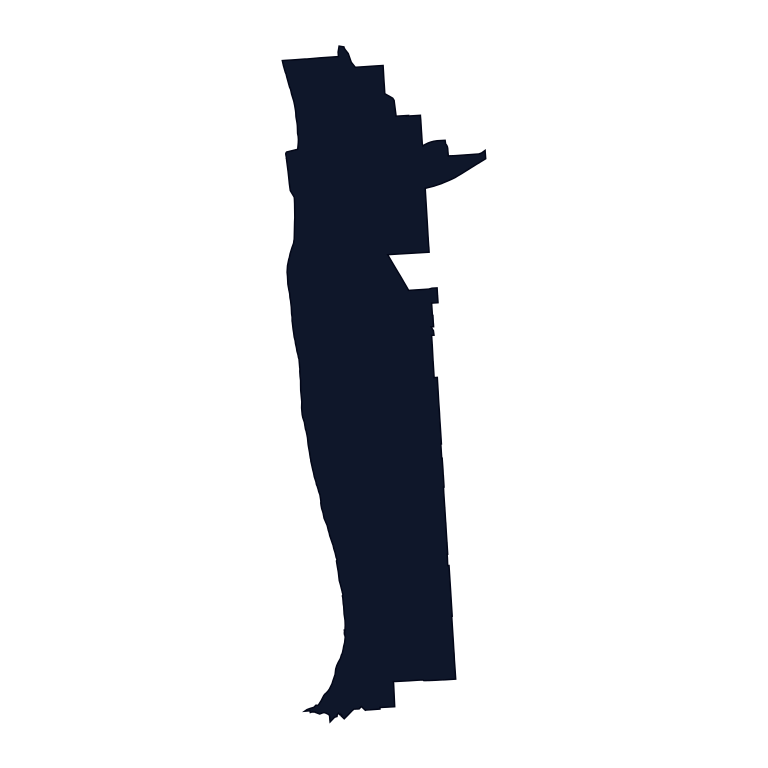 the district of Holdfast Bay, South Australia, Australia
{"feature_id": "25037944B39543590028882", "entity_name": "Holdfast Bay", "entity_type": "district", "adm_level": 2, "iso_a3": "AUS", "parent_name": "Australia", "parent_adm1": "South Australia", "projection": "mercator", "projection_center": [138.52, -35.002], "detail": "fine", "context": "isolated", "style": "filled", "palette": "ink", "viewbox_px": 768, "rotation_deg": 0, "n_neighbors": 0, "source": "geoboundaries", "source_scale": "gbopen_adm2", "svg_char_len": 5674}
<svg xmlns="http://www.w3.org/2000/svg" viewBox="0 0 768 768"><path d="M282.3,60.6L283.4,65.5L285.3,72.2L286.1,74.1L286.9,77.4L289.6,87.2L290.6,89.4L291.6,94.1L293.8,101.2L294.7,105.6L295.5,110.4L295.8,112.9L295.9,115.2L296.0,116.9L297.0,122.7L297.3,125.1L297.4,126.8L297.6,133.4L298.2,136.4L298.4,139.5L298.3,142.8L297.7,149.3L286.7,152.0L286.3,152.4L285.8,153.4L285.8,154.2L285.9,155.1L286.1,155.9L286.2,156.7L286.4,157.6L286.3,158.5L286.5,159.0L286.6,159.5L286.6,160.0L288.1,171.6L288.8,178.1L289.4,184.0L290.3,190.6L294.2,197.1L294.4,198.9L294.6,203.7L294.8,217.8L294.6,221.7L294.3,235.8L294.2,239.4L294.0,240.2L293.6,243.2L291.9,247.9L290.1,253.8L289.3,257.8L288.8,259.2L287.5,265.7L287.1,272.2L287.5,276.4L287.9,284.2L288.2,286.0L288.6,288.2L289.0,290.5L289.2,291.2L289.7,293.8L289.9,296.5L290.0,297.8L290.6,300.8L290.8,302.7L291.3,307.1L291.6,313.6L291.6,313.8L292.1,317.1L292.1,321.0L292.3,322.1L293.1,329.2L293.7,333.0L294.2,337.0L295.0,340.1L295.2,341.0L295.5,343.6L296.5,348.0L296.9,350.8L297.0,351.3L298.0,354.8L298.5,357.7L299.0,359.0L299.7,367.5L299.9,368.6L299.9,369.5L299.8,371.2L300.1,376.2L300.6,380.5L300.6,384.4L300.7,390.2L301.8,401.8L301.7,404.9L301.6,407.9L302.2,414.6L302.8,417.6L304.4,422.3L304.6,423.7L305.5,429.2L305.7,429.7L306.2,431.2L306.8,434.1L306.9,434.5L307.5,437.8L307.9,441.9L308.1,444.1L308.5,446.7L309.5,452.2L309.9,455.0L310.4,458.2L310.7,459.2L310.9,461.4L311.4,463.5L312.8,469.9L313.5,472.6L314.3,476.7L314.3,476.8L315.8,481.3L315.9,481.5L316.5,484.7L317.2,486.1L317.3,486.5L318.2,489.4L318.7,491.5L319.9,494.7L320.7,499.8L320.9,501.4L320.8,503.0L321.1,505.4L321.7,508.6L322.5,511.0L323.1,513.0L324.0,517.8L324.1,518.3L327.2,525.5L328.1,529.3L328.2,529.9L329.2,533.0L329.4,534.0L329.8,535.9L330.3,537.2L332.5,543.7L333.1,545.3L333.8,548.6L335.1,552.7L336.2,557.6L336.7,558.7L336.9,559.2L337.0,559.8L336.6,560.4L336.5,561.3L337.4,566.8L338.3,571.9L339.3,580.8L339.4,581.0L340.6,585.2L340.8,586.1L342.0,590.9L342.4,592.7L342.9,594.1L343.0,594.3L343.0,594.5L342.5,595.4L342.4,596.1L342.8,597.7L343.3,604.0L343.7,606.4L344.0,611.6L344.1,613.9L345.0,620.1L345.1,622.1L345.2,625.5L345.0,630.1L344.3,630.1L344.4,631.2L344.7,631.2L344.7,633.0L344.3,633.0L344.4,633.7L344.5,634.6L344.8,634.6L345.0,636.2L345.3,636.3L344.6,642.8L344.3,643.9L343.6,646.7L343.3,648.7L342.6,652.0L342.2,653.5L341.4,655.0L341.1,656.1L340.4,658.5L338.1,662.6L338.0,662.9L336.8,665.5L335.7,669.1L335.1,674.5L332.8,681.2L332.1,683.6L329.4,689.1L328.1,690.9L328.0,691.1L325.8,693.4L325.0,694.0L323.9,695.4L323.5,696.1L321.1,700.8L319.3,703.6L318.6,704.8L317.8,705.4L316.2,705.2L315.9,705.2L314.0,707.2L313.3,707.5L310.2,708.4L307.0,709.6L304.7,711.2L308.5,710.9L309.9,710.8L310.3,712.5L312.8,711.6L313.0,712.1L314.8,711.8L314.9,712.2L319.7,714.0L322.8,712.8L324.1,712.6L325.4,712.9L326.5,713.4L327.7,714.0L328.9,714.6L329.6,716.1L329.9,720.1L330.1,721.9L334.5,717.3L335.3,717.0L336.2,716.7L337.0,716.5L337.1,715.5L337.3,714.7L337.7,714.0L338.4,713.2L340.1,714.9L340.7,714.2L341.9,715.3L341.3,716.0L344.2,718.8L347.4,715.6L352.5,710.3L353.3,709.7L353.9,709.1L356.5,709.0L359.1,708.9L361.4,706.5L364.7,709.7L365.4,710.3L366.3,710.0L371.4,709.7L379.3,709.1L380.0,709.0L379.9,707.5L383.9,707.3L394.7,706.7L394.4,700.5L393.6,683.4L393.3,681.6L408.8,680.8L419.3,680.1L422.9,680.0L423.8,680.6L429.4,680.5L434.2,680.3L438.0,680.1L441.3,679.9L444.9,679.8L455.7,679.1L454.8,665.8L454.4,660.2L454.1,653.9L453.7,648.4L453.4,642.9L452.8,633.6L451.7,616.2L452.2,616.2L451.5,605.2L451.0,597.0L450.5,588.9L450.0,581.2L449.0,565.5L447.7,565.6L447.4,557.8L447.1,554.2L447.7,554.2L447.1,544.7L447.0,542.3L446.9,541.7L446.2,530.8L445.8,523.3L445.7,522.3L445.6,521.4L444.8,508.2L444.8,507.6L444.7,507.0L443.9,494.8L443.9,494.2L443.8,493.6L443.5,487.1L444.0,487.1L444.0,486.4L443.3,475.1L443.2,474.7L443.0,470.3L442.4,461.7L442.3,460.4L442.2,458.9L442.2,458.2L441.7,458.2L440.8,443.9L441.4,443.9L440.4,428.0L439.9,420.5L439.7,417.5L439.5,413.2L438.7,401.7L438.2,392.6L437.7,384.3L437.3,377.4L434.1,377.6L433.8,372.4L433.1,361.1L433.0,360.5L433.0,359.9L432.2,344.3L432.1,343.8L432.1,343.2L431.6,335.3L434.0,335.2L433.4,330.6L432.6,329.5L431.1,326.8L433.6,326.7L433.4,323.6L433.3,322.9L432.9,315.4L432.4,315.4L431.6,303.1L438.0,302.7L438.0,302.3L437.6,296.3L437.6,295.7L437.5,295.1L437.1,287.9L432.0,288.2L428.8,289.1L424.3,289.4L408.6,290.4L407.8,288.9L405.5,284.9L403.6,281.7L401.5,278.0L399.1,274.0L397.4,271.2L393.3,264.3L389.6,258.0L388.8,256.6L387.7,254.7L388.8,254.6L396.7,254.1L410.5,253.3L429.1,252.2L428.8,247.0L428.7,246.5L428.2,239.0L428.2,238.1L428.1,237.3L427.3,223.0L425.2,188.3L426.2,188.1L426.7,188.0L426.9,187.9L434.0,186.1L435.1,185.7L441.2,183.7L441.7,183.5L442.8,183.0L448.8,180.5L451.7,179.2L455.0,177.6L456.0,177.0L457.4,176.1L461.2,173.9L470.9,167.8L474.0,165.9L475.7,164.8L482.3,160.8L485.7,158.7L485.2,152.1L485.1,150.4L481.7,152.9L478.8,154.0L474.2,154.3L468.8,154.7L454.6,155.7L448.3,155.9L447.9,151.3L447.7,148.4L447.4,146.9L446.7,145.3L445.6,143.9L445.1,140.3L437.9,140.7L436.7,140.8L433.6,141.3L430.6,142.1L427.9,143.1L425.5,144.3L425.0,144.5L423.0,146.0L422.2,143.5L422.2,142.8L421.9,138.2L421.6,133.3L421.4,130.5L420.9,122.3L420.8,120.5L420.4,115.7L420.4,115.3L412.4,115.8L407.1,116.1L407.7,115.5L405.8,115.6L397.6,116.1L396.1,116.2L394.9,106.7L394.4,102.9L394.1,100.4L392.7,98.2L384.8,93.7L384.3,85.3L384.1,82.8L383.8,77.9L383.5,72.3L383.2,67.3L383.1,65.5L373.4,66.1L363.2,66.8L355.3,67.3L351.7,62.8L351.1,61.8L348.8,55.2L348.2,53.5L344.9,49.3L344.0,47.5L343.9,46.9L339.1,46.1L338.1,52.1L338.4,56.0L338.4,56.6L319.3,57.9L315.0,58.3L307.0,59.0L305.8,59.0L305.1,59.0L293.2,59.9L284.9,60.4L282.3,60.6Z" fill="#0f172a" stroke="#020617" stroke-width="1.5"/></svg>